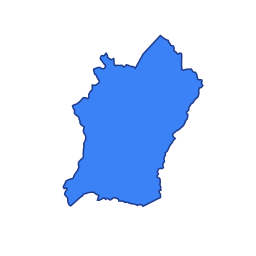 outline of Ivaí, Paraná, Brazil, rotated 63°
{"feature_id": "56859067B22036579453125", "entity_name": "Ivaí", "entity_type": "district", "adm_level": 2, "iso_a3": "BRA", "parent_name": "Brazil", "parent_adm1": "Paraná", "projection": "orthographic", "projection_center": [-50.861, -24.996], "detail": "fine", "context": "isolated", "style": "filled", "palette": "blue", "viewbox_px": 256, "rotation_deg": 63, "n_neighbors": 0, "source": "geoboundaries", "source_scale": "gbopen_adm2", "svg_char_len": 3020}
<svg xmlns="http://www.w3.org/2000/svg" viewBox="0 0 256 256"><g transform="rotate(63 128 128)"><path d="M51.4,113.5L52.7,116.6L51.5,118.8L52.5,120.3L53.8,121.3L60.3,120.2L61.6,119.8L63.1,120.1L64.1,122.1L63.7,124.0L61.3,125.5L60.5,127.2L60.2,129.4L60.0,132.0L61.8,132.6L63.4,132.9L65.1,133.2L66.3,132.4L69.2,132.5L70.8,132.5L73.0,132.2L74.6,133.4L74.9,135.6L75.1,138.0L73.5,140.4L75.6,141.4L77.8,142.7L78.3,145.0L80.4,147.9L83.0,148.9L83.6,150.4L81.6,152.3L80.7,154.0L81.4,156.2L82.2,157.5L83.0,161.1L83.3,163.2L82.9,165.2L83.0,167.4L86.0,167.8L87.8,167.5L90.6,169.1L93.5,168.2L94.8,167.2L96.5,167.0L98.1,167.6L99.9,167.6L101.5,168.4L103.3,168.5L105.0,167.8L107.2,166.5L108.6,167.8L110.4,169.2L112.8,169.6L114.7,169.2L117.0,169.7L119.6,171.5L120.8,173.3L122.3,174.8L124.7,175.7L127.2,177.6L129.1,178.6L130.3,179.5L132.4,180.3L134.0,181.3L134.8,184.4L135.6,186.6L136.6,188.0L138.4,188.9L140.5,189.5L142.4,191.6L143.6,193.4L144.2,194.9L145.6,197.2L147.9,199.8L147.4,202.1L147.1,204.3L147.0,207.1L148.1,208.4L149.4,210.1L151.0,212.4L153.0,212.4L153.7,209.9L155.2,210.2L156.0,212.2L156.9,213.4L158.5,214.7L160.9,214.0L162.7,213.5L165.1,214.5L167.0,215.1L168.3,215.4L169.8,215.3L171.4,214.4L168.1,202.1L167.8,199.4L166.6,197.6L167.2,195.6L167.4,193.9L167.8,191.8L168.5,190.0L169.8,187.6L171.5,187.0L172.9,186.1L174.9,184.7L176.4,186.1L178.4,188.0L179.3,186.6L179.3,184.2L179.4,180.8L181.4,180.4L181.4,178.1L182.7,177.4L184.1,176.5L183.9,174.4L183.5,172.5L185.0,170.5L186.1,169.5L187.6,168.9L188.9,169.3L189.8,167.6L191.3,165.2L192.7,164.8L193.3,163.4L194.4,161.6L195.9,160.8L197.4,158.7L198.9,156.5L201.2,154.7L201.4,152.7L202.6,150.6L204.5,150.3L204.6,142.0L204.6,130.5L203.2,129.9L201.8,129.2L200.1,129.4L198.0,128.9L198.3,126.8L196.8,126.5L195.3,125.6L193.3,125.4L191.1,124.0L188.2,122.7L186.8,122.9L185.4,124.2L184.0,124.1L182.7,121.7L181.1,122.0L179.6,120.9L178.4,119.6L178.5,117.7L179.6,116.4L179.5,114.5L177.2,114.0L175.5,112.8L174.4,110.7L171.4,109.9L168.9,106.8L167.0,106.1L166.5,103.6L164.6,101.1L163.3,99.6L162.3,97.9L161.0,95.1L159.9,93.7L159.2,92.2L158.8,90.7L155.9,91.8L153.7,90.8L152.6,86.3L152.6,83.7L152.0,81.3L151.6,79.5L151.1,77.8L150.1,76.1L148.9,74.6L147.6,73.3L147.0,71.5L144.5,69.3L143.2,68.6L141.3,69.2L140.2,68.1L139.7,65.8L137.5,64.6L135.1,60.6L135.0,58.4L133.8,57.0L132.6,54.1L132.1,51.6L129.3,49.0L127.2,48.3L124.7,46.4L125.2,44.5L124.2,42.1L121.3,42.3L120.1,40.8L118.5,40.6L117.6,42.1L116.4,43.8L111.5,42.5L109.0,42.6L108.3,43.9L106.9,44.7L104.3,44.8L102.9,47.8L102.0,49.9L101.7,52.3L100.4,53.6L98.8,52.6L97.2,52.3L95.6,51.4L91.3,49.2L89.5,48.1L88.0,47.4L86.0,46.5L84.8,47.7L84.7,50.2L82.4,50.7L79.8,52.0L77.8,50.6L75.7,50.3L73.8,52.4L72.0,52.3L70.0,52.7L68.4,52.3L66.6,53.9L64.3,55.4L62.0,56.5L60.3,57.2L68.9,80.8L78.1,94.4L75.7,95.3L74.3,97.7L72.1,99.4L70.9,100.7L71.6,102.1L71.8,104.1L69.7,104.6L68.9,106.0L68.1,107.9L67.0,109.5L66.7,111.2L64.7,111.3L61.6,110.0L59.6,109.2L59.6,111.9L57.7,113.1L56.0,114.1L53.9,113.4L51.4,113.5Z" fill="#3b82f6" stroke="#1e3a8a" stroke-width="1.5"/></g></svg>